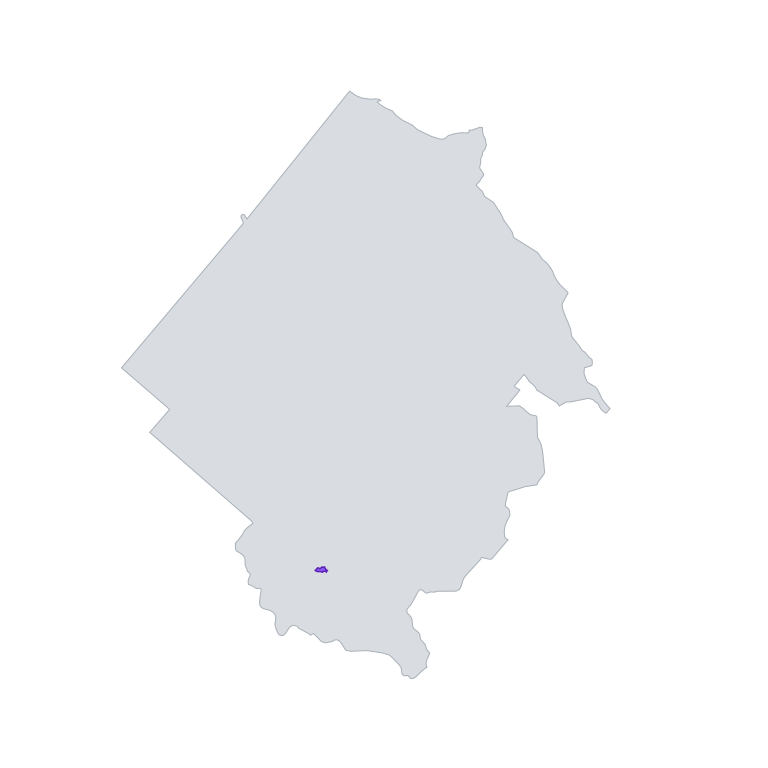 Wasat Jabal Marrah, Central Darfur, Sudan (highlighted), rotated 311°
{"feature_id": "16777658B31401746790002", "entity_name": "Wasat Jabal Marrah", "entity_type": "district", "adm_level": 2, "iso_a3": "SDN", "parent_name": "Sudan", "parent_adm1": "Central Darfur", "projection": "albers", "projection_center": [24.33, 13.123], "detail": "fine", "context": "in_parent", "style": "filled", "palette": "violet", "viewbox_px": 768, "rotation_deg": 311, "n_neighbors": 0, "source": "geoboundaries", "source_scale": "gbopen_adm2", "svg_char_len": 4685}
<svg xmlns="http://www.w3.org/2000/svg" viewBox="0 0 768 768"><g transform="rotate(311 384 384)"><path d="M513.8,570.7L507.9,570.9L507.2,569.6L507.2,565.7L507.7,562.8L509.7,558.1L509.1,555.5L509.3,551.9L507.5,547.9L492.9,536.6L490.1,533.4L482.3,530.7L483.5,527.3L479.6,503.1L481.0,500.3L481.3,496.0L481.1,492.3L482.8,486.0L482.9,483.4L467.9,483.7L467.8,486.4L468.6,489.4L468.6,490.5L447.7,491.3L456.4,500.6L456.8,504.7L456.6,509.9L456.8,513.3L457.3,515.4L459.7,519.6L459.6,520.4L459.1,521.4L444.6,534.6L442.3,540.5L440.4,543.7L436.2,549.0L423.0,562.9L420.8,563.9L410.4,564.6L409.4,565.0L408.6,565.6L408.2,565.5L399.1,557.8L383.9,548.5L374.2,553.7L371.5,555.6L371.5,560.2L370.1,562.6L367.5,565.2L360.2,567.0L356.4,568.4L352.0,571.1L347.6,575.5L347.3,577.8L347.8,579.8L322.6,580.1L320.9,578.5L317.1,571.4L314.5,571.9L291.5,571.4L288.2,572.1L281.7,575.1L278.3,575.7L274.9,574.3L262.7,560.3L260.1,558.7L257.3,555.3L254.7,553.9L253.8,552.8L253.6,551.3L253.6,548.2L252.8,546.3L250.8,545.8L234.6,549.2L232.3,548.8L228.9,549.4L227.7,550.0L226.4,551.9L226.1,555.7L225.7,557.7L224.5,559.8L219.9,564.6L218.9,566.7L219.1,571.9L218.8,574.6L218.1,575.8L216.1,577.9L215.3,579.0L214.5,585.8L212.0,589.9L211.4,591.3L211.2,594.2L210.8,595.1L203.5,597.5L200.7,598.9L199.0,601.2L198.6,602.2L195.4,601.4L191.4,600.8L183.7,600.1L180.6,599.0L179.2,597.4L179.7,593.3L178.9,592.4L177.7,591.7L176.8,589.9L177.0,587.8L181.1,583.1L181.9,580.6L183.0,568.7L182.7,565.1L179.5,558.4L172.2,546.9L170.4,544.7L161.3,535.2L160.2,533.8L158.0,529.8L160.5,521.1L160.7,518.7L160.1,516.2L157.8,514.3L155.7,514.0L153.0,511.7L151.2,510.6L149.7,508.6L148.6,505.7L149.4,495.4L148.9,494.0L146.6,493.6L146.1,492.9L146.2,490.9L144.9,485.0L143.6,480.1L144.3,477.5L142.4,473.8L138.7,472.2L131.4,473.3L129.1,473.1L127.6,472.4L126.5,471.1L125.9,469.5L126.5,467.1L128.6,462.7L131.2,459.2L136.5,455.9L137.9,454.2L138.7,452.3L138.9,450.0L138.5,447.7L138.0,445.6L136.4,442.7L135.1,439.4L135.0,437.1L135.7,435.5L137.2,433.6L142.4,429.8L147.7,426.7L148.6,425.6L148.3,424.3L145.9,421.7L145.1,416.6L143.8,413.1L146.5,410.5L148.5,409.5L151.6,408.7L152.8,407.6L153.2,405.5L153.1,403.5L154.3,402.0L155.8,398.8L157.0,397.3L161.1,393.6L162.0,391.1L162.2,388.8L161.2,381.7L163.5,378.7L166.5,376.2L170.8,376.4L177.4,375.9L181.9,374.9L185.2,375.0L192.5,376.3L193.3,375.7L193.7,373.8L193.8,238.9L223.8,238.9L224.2,238.7L224.0,175.3L411.9,172.5L413.4,172.2L416.2,166.3L417.4,165.8L419.4,166.1L420.1,167.4L418.7,172.3L582.5,165.9L583.2,173.1L584.8,178.8L589.9,186.8L594.1,191.1L595.6,193.5L595.8,194.6L595.7,195.7L594.4,194.5L592.4,193.8L592.3,197.7L593.6,205.6L595.6,211.1L594.6,216.3L595.2,225.0L597.9,235.4L597.8,242.1L602.0,257.5L605.8,266.0L607.8,268.1L609.9,269.1L613.9,269.6L620.0,273.7L625.0,278.1L626.7,280.5L629.1,283.0L630.7,282.5L631.6,281.7L633.2,283.8L640.8,288.0L642.1,290.2L639.5,292.4L636.6,296.3L635.3,299.8L634.6,300.9L632.3,303.2L631.9,304.2L630.9,304.9L629.7,305.0L627.3,306.3L625.0,306.1L622.7,306.9L621.9,307.7L620.1,308.5L617.7,309.0L614.0,312.1L610.7,313.7L609.6,314.9L608.1,320.7L606.9,322.3L601.9,322.7L599.5,323.3L596.2,322.9L594.6,323.0L594.2,324.3L593.9,329.2L594.0,331.4L591.5,337.1L592.9,347.6L590.5,355.6L590.2,357.4L587.8,363.8L586.5,366.2L583.6,378.1L582.4,381.7L579.6,385.7L584.0,413.6L581.9,422.3L582.2,427.0L580.8,434.0L579.6,437.3L577.5,441.3L575.8,445.7L574.4,451.5L573.8,462.3L573.3,463.3L564.4,465.1L561.6,465.9L559.8,467.2L557.6,470.1L553.3,477.9L551.1,482.7L547.6,489.2L543.4,493.9L542.6,496.1L542.0,500.2L540.7,506.8L539.4,511.4L539.8,515.1L538.7,521.6L539.0,524.7L537.6,526.5L535.5,528.2L534.1,528.7L527.7,524.6L523.4,527.8L520.8,532.0L518.8,536.3L520.4,545.1L520.3,547.1L519.8,549.2L515.9,558.1L514.9,562.1L513.8,569.1L513.8,570.7Z" fill="#d9dde1" stroke="#a8b0b8" stroke-width="1"/><path d="M204.3,463.9L204.6,463.8L205.7,463.6L206.2,463.5L206.1,463.2L206.0,462.7L205.9,462.5L205.8,462.3L205.8,462.2L205.8,461.8L205.9,461.7L206.0,461.5L206.0,461.4L206.2,461.2L206.2,460.9L206.3,460.7L206.4,460.4L206.4,460.2L206.5,459.9L206.5,459.7L206.8,459.4L207.0,459.3L207.0,459.2L206.8,459.1L206.4,459.1L206.1,459.0L205.9,458.7L206.0,458.6L205.6,457.8L205.3,457.9L205.2,457.8L205.2,457.6L205.1,457.2L204.8,457.1L204.3,457.1L204.0,457.2L203.1,457.0L202.8,456.9L202.5,456.5L202.4,455.8L202.2,455.4L201.8,454.6L201.7,454.6L200.6,454.6L200.3,454.5L199.7,454.5L199.0,454.5L198.8,454.5L198.6,454.5L198.4,454.5L198.2,454.4L198.1,454.6L198.6,456.3L198.6,456.5L199.6,457.8L200.2,458.4L200.6,458.8L201.2,459.7L201.1,460.1L201.2,460.4L201.7,461.1L202.1,461.2L202.5,461.2L202.8,461.1L203.2,461.4L203.4,461.6L203.9,462.2L204.0,462.3L204.2,463.0L204.3,463.8L204.3,463.9Z" fill="#8b5cf6" stroke="#5b21b6" stroke-width="1.5"/></g></svg>